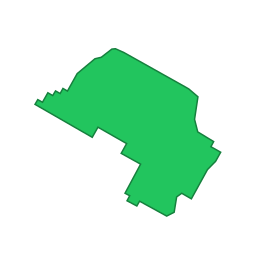 Irwin, Georgia, United States of America (Albers equal-area conic projection), rotated 208°
{"feature_id": "52423323B58689815854296", "entity_name": "Irwin", "entity_type": "district", "adm_level": 2, "iso_a3": "USA", "parent_name": "United States of America", "parent_adm1": "Georgia", "projection": "albers", "projection_center": [-83.258, 31.621], "detail": "fine", "context": "isolated", "style": "filled", "palette": "green", "viewbox_px": 256, "rotation_deg": 208, "n_neighbors": 0, "source": "geoboundaries", "source_scale": "gbopen_adm2", "svg_char_len": 633}
<svg xmlns="http://www.w3.org/2000/svg" viewBox="0 0 256 256"><g transform="rotate(208 128 128)"><path d="M166.7,192.7L176.3,192.1L179.3,190.1L184.8,177.9L189.7,173.6L198.4,152.2L198.8,132.2L204.0,132.4L204.1,126.6L209.4,126.7L209.7,121.3L215.3,121.5L215.6,110.6L221.0,110.7L221.2,105.2L155.2,103.0L154.9,114.6L121.9,113.6L122.1,102.4L99.9,102.0L100.0,69.0L94.7,69.0L94.7,63.3L83.6,63.3L83.4,68.8L52.5,68.4L47.7,75.3L52.7,90.0L49.9,95.6L38.8,95.2L38.3,128.6L35.0,139.7L34.8,150.1L46.0,150.4L46.0,156.2L64.6,157.3L73.3,166.9L80.9,188.4L92.6,191.0L95.0,191.1L166.7,192.7Z" fill="#22c55e" stroke="#15803d" stroke-width="1.5"/></g></svg>